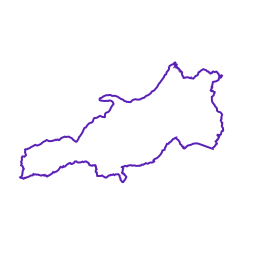 Tachileik, Shan, Myanmar (Mercator projection), rotated 199°
{"feature_id": "60261553B30441775870549", "entity_name": "Tachileik", "entity_type": "district", "adm_level": 2, "iso_a3": "MMR", "parent_name": "Myanmar", "parent_adm1": "Shan", "projection": "mercator", "projection_center": [100.149, 21.048], "detail": "fine", "context": "isolated", "style": "outline", "palette": "violet", "viewbox_px": 256, "rotation_deg": 199, "n_neighbors": 0, "source": "geoboundaries", "source_scale": "gbopen_adm2", "svg_char_len": 5785}
<svg xmlns="http://www.w3.org/2000/svg" viewBox="0 0 256 256"><g transform="rotate(199 128 128)"><path d="M41.1,135.9L41.3,136.6L41.0,137.4L40.2,138.6L39.6,140.2L39.7,140.7L39.4,141.5L38.8,142.0L38.9,142.3L40.8,143.9L40.1,144.7L39.8,145.4L39.9,145.9L39.5,146.0L39.3,146.6L39.1,147.4L39.3,147.9L38.9,148.8L38.9,149.4L40.2,149.7L40.6,150.1L41.1,150.3L41.1,150.6L40.9,150.9L38.9,151.1L38.1,152.2L38.4,155.1L38.2,155.6L37.2,156.3L37.2,156.8L37.7,157.4L37.9,158.4L38.3,159.0L39.6,159.9L40.0,160.5L40.0,161.9L40.7,162.9L40.5,163.5L41.5,164.0L42.1,164.8L42.7,165.2L42.8,166.4L42.5,167.1L42.8,167.9L43.2,168.3L43.4,171.3L43.9,171.8L45.6,172.9L48.2,172.8L49.6,173.5L50.1,175.2L50.8,175.9L53.2,177.2L53.7,178.0L55.9,179.3L56.8,180.1L57.6,181.3L58.9,184.8L57.9,186.2L57.7,187.3L57.8,188.0L57.5,189.5L57.8,190.2L58.9,190.1L59.9,190.7L61.1,190.0L62.0,190.4L61.8,193.0L62.1,193.6L61.5,193.7L61.5,193.9L62.0,194.5L62.3,195.6L62.2,196.6L62.6,197.9L62.6,199.3L60.9,200.2L59.6,201.1L58.3,202.6L58.0,203.3L58.3,205.1L57.0,205.7L56.4,206.2L56.2,208.1L56.9,208.2L57.7,207.4L58.9,207.1L60.2,208.9L61.0,208.9L61.9,209.8L62.8,210.1L64.5,209.0L65.8,209.2L66.6,208.1L66.5,207.6L66.6,207.2L67.9,206.3L68.8,207.0L69.3,206.8L70.4,207.6L71.4,207.3L72.9,208.1L76.0,208.1L77.6,206.2L78.7,204.2L79.3,203.8L79.5,202.7L79.2,202.1L79.4,200.8L79.7,200.2L80.4,199.8L81.0,199.1L82.3,196.0L84.7,195.7L84.9,196.0L85.3,195.4L87.9,195.5L90.6,194.2L91.3,193.5L91.8,193.5L92.5,194.5L93.6,195.3L95.0,197.2L94.9,198.1L95.2,198.4L96.4,198.9L96.9,198.5L97.2,199.1L97.9,199.0L98.0,199.8L98.6,199.9L99.4,200.8L99.9,201.0L100.2,201.0L100.4,200.6L100.6,200.7L100.9,201.1L101.5,201.2L101.9,201.9L101.9,201.1L102.1,200.9L102.6,201.5L102.6,202.1L102.8,202.2L103.5,201.6L103.4,202.0L102.9,202.6L103.2,203.0L103.0,203.4L103.7,203.3L104.1,202.7L104.3,202.8L104.1,203.3L105.0,204.2L104.4,204.4L104.2,204.9L104.6,205.3L105.0,205.2L105.4,203.9L108.8,200.4L109.0,198.5L108.4,197.3L108.5,196.3L109.6,193.3L109.4,191.2L110.2,190.5L110.6,189.5L110.6,187.8L112.5,181.5L113.3,179.6L113.7,176.6L115.1,173.0L115.8,171.6L117.1,170.5L117.5,169.7L117.8,168.2L119.6,165.6L121.2,164.4L122.8,161.6L123.7,161.3L126.1,158.8L128.6,157.8L130.5,157.6L132.4,156.2L133.0,155.5L133.6,153.9L134.3,153.2L137.7,152.3L138.7,152.5L140.3,152.4L141.1,152.7L141.7,153.2L143.9,153.1L148.1,154.2L150.8,154.2L153.5,153.2L155.6,153.5L157.2,152.6L158.8,152.1L159.9,151.4L161.4,150.0L163.0,147.8L164.1,147.1L164.3,146.5L164.2,145.7L163.8,145.2L163.2,145.0L159.3,145.8L156.5,146.9L155.4,147.1L154.9,147.8L154.3,148.1L152.8,148.2L151.2,147.8L150.0,146.7L149.5,146.0L149.7,145.1L150.2,144.0L150.8,141.5L150.8,139.8L151.3,137.8L152.0,136.6L153.8,135.2L154.2,133.8L154.0,132.6L153.4,131.0L153.7,130.6L155.9,130.1L157.4,130.4L158.4,130.3L159.8,128.8L160.4,127.9L161.5,127.1L162.9,126.6L163.3,125.9L163.4,125.2L163.4,122.8L163.6,122.0L164.3,121.2L165.2,120.7L166.3,119.6L167.4,117.4L167.9,114.9L169.1,114.0L169.3,113.4L169.6,109.0L170.8,104.4L171.3,103.7L171.3,101.7L172.0,98.6L172.5,98.1L173.0,98.1L175.8,98.9L177.9,100.1L179.7,100.2L181.0,100.6L183.8,99.3L184.9,99.3L187.8,96.8L188.9,94.4L189.4,94.0L190.6,94.3L191.0,94.1L191.4,93.5L192.6,93.4L193.3,92.5L194.2,92.1L195.9,90.8L198.6,89.8L200.4,90.2L201.1,90.1L201.7,89.1L203.0,87.9L204.5,85.9L205.0,84.7L206.8,82.9L207.6,82.2L208.5,81.8L210.2,81.9L212.4,79.4L213.4,78.6L214.3,77.0L216.0,75.8L216.5,75.1L218.0,74.5L218.3,74.1L217.5,72.2L217.4,71.4L215.6,69.2L216.5,67.2L218.6,66.8L218.8,65.2L218.0,63.8L217.8,62.5L218.1,61.6L217.9,60.9L217.5,60.3L216.9,60.1L216.9,57.9L215.2,57.6L214.0,55.8L213.4,55.8L213.2,55.5L213.6,53.4L212.7,48.9L212.8,48.0L213.2,46.9L213.9,46.3L213.4,45.9L212.3,46.3L210.1,46.1L209.9,46.9L209.2,47.4L208.6,47.4L207.9,48.3L206.8,48.9L204.0,51.7L202.7,52.2L202.4,53.7L201.4,53.5L200.5,54.0L199.1,54.2L197.7,54.7L197.3,54.6L194.7,54.7L193.7,55.5L192.5,55.9L191.8,55.7L191.6,55.9L192.0,56.3L191.8,56.5L191.5,56.6L191.1,56.2L190.7,56.0L189.5,56.4L188.8,55.8L186.2,58.6L184.8,60.6L184.4,62.0L183.8,61.8L183.3,61.9L182.6,62.7L181.4,63.6L180.1,65.7L179.1,69.3L177.3,69.3L177.1,69.5L176.7,70.8L176.0,70.4L175.0,71.2L173.7,73.7L171.9,75.8L171.0,76.1L170.3,75.5L169.6,75.6L168.2,76.7L167.7,77.4L167.5,78.8L166.3,79.6L164.4,79.1L163.6,79.2L161.9,79.9L160.6,80.8L160.1,81.4L158.9,81.3L157.9,82.2L156.4,82.8L155.3,82.2L154.0,82.2L152.4,80.4L149.7,80.6L149.5,81.1L148.2,81.6L147.7,81.5L147.1,82.2L146.5,81.9L146.1,81.6L145.9,80.9L145.4,80.5L145.4,80.1L145.1,79.4L144.2,78.8L144.7,77.7L144.4,76.4L143.9,75.8L143.0,75.8L142.7,74.9L141.5,72.7L139.0,73.4L137.7,74.1L137.1,74.7L136.1,74.3L132.9,73.8L132.3,74.1L130.7,76.8L129.3,77.5L129.2,78.1L127.8,78.4L126.6,79.5L125.6,79.0L124.5,80.2L122.1,81.1L120.5,80.4L120.3,79.7L119.9,79.0L118.7,77.9L118.4,76.8L115.7,75.0L114.9,75.4L113.9,78.9L113.6,81.0L113.7,81.3L115.3,82.3L115.8,82.3L116.4,83.2L117.2,83.4L117.7,83.1L118.4,83.6L119.1,83.7L119.1,84.0L118.6,84.2L119.1,85.1L119.1,85.9L119.4,86.6L119.3,87.4L119.4,88.1L120.2,88.8L121.1,89.0L121.0,89.3L119.9,90.0L119.2,90.3L118.6,91.1L117.7,91.5L116.8,91.3L116.0,91.7L115.7,92.5L113.2,93.8L112.5,93.9L111.8,93.7L109.9,94.7L107.9,94.8L105.4,95.9L104.9,95.9L104.4,96.2L104.2,96.7L103.4,96.9L102.9,97.9L101.6,98.2L101.0,99.1L100.5,99.4L99.8,100.5L97.6,100.7L95.8,102.6L94.1,103.1L92.7,104.2L92.4,105.1L93.4,105.6L93.3,106.2L92.4,107.7L91.6,108.2L90.5,109.4L89.4,111.6L88.5,113.8L88.0,116.4L88.2,117.9L86.3,119.3L86.6,121.7L86.2,122.5L86.1,125.5L85.6,125.6L84.6,126.3L84.7,126.7L84.4,127.5L83.8,127.8L83.5,128.8L82.9,129.2L81.9,132.1L80.8,133.0L80.2,134.0L79.3,134.6L79.2,133.9L78.6,133.6L76.6,133.0L75.9,132.4L75.0,132.0L73.3,129.7L71.9,129.3L70.9,128.3L70.2,128.0L69.5,128.3L69.0,126.9L68.2,126.9L67.7,127.2L66.2,130.2L65.3,131.2L63.0,132.6L61.1,134.5L58.0,135.9L55.6,136.1L41.1,135.9Z" fill="none" stroke="#5b21b6" stroke-width="2"/></g></svg>